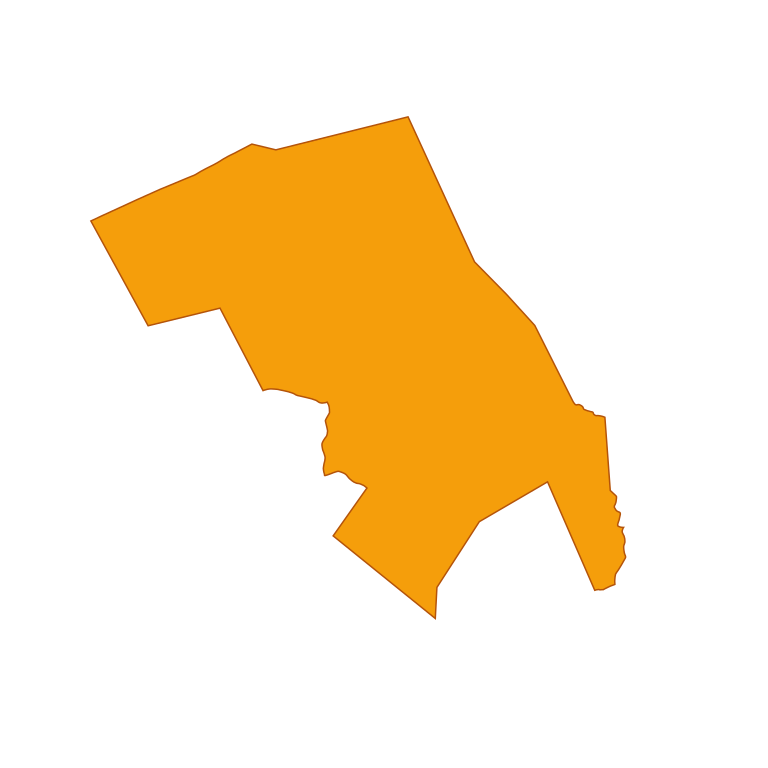 outline of San Nicolas, Copán, Honduras, rotated 239°
{"feature_id": "27666195B43744954115993", "entity_name": "San Nicolas", "entity_type": "district", "adm_level": 2, "iso_a3": "HND", "parent_name": "Honduras", "parent_adm1": "Copán", "projection": "equal_earth", "projection_center": [-88.778, 15.002], "detail": "fine", "context": "isolated", "style": "filled", "palette": "amber", "viewbox_px": 768, "rotation_deg": 239, "n_neighbors": 0, "source": "geoboundaries", "source_scale": "gbopen_adm2", "svg_char_len": 5994}
<svg xmlns="http://www.w3.org/2000/svg" viewBox="0 0 768 768"><g transform="rotate(239 384 384)"><path d="M98.6,458.4L98.2,460.1L97.2,462.3L96.4,463.0L95.8,464.2L95.3,465.2L94.8,465.9L94.7,468.2L94.6,469.3L94.4,471.6L94.3,472.7L94.1,474.4L93.8,475.9L93.5,477.5L93.3,478.7L94.6,479.4L95.8,480.0L96.6,480.5L97.2,480.9L99.8,482.8L101.0,483.9L101.3,484.1L101.6,484.4L101.8,484.7L102.1,485.1L102.2,485.4L102.4,485.8L102.7,486.3L103.2,487.5L103.7,488.6L104.2,489.7L104.8,490.8L105.3,491.8L107.0,495.0L108.7,498.0L110.5,501.2L110.7,501.4L111.0,501.7L111.1,501.9L111.4,502.0L111.7,502.2L111.9,502.3L112.3,502.4L112.7,502.5L113.6,502.6L114.1,502.7L114.9,502.9L115.6,503.1L116.1,503.3L117.4,503.8L118.8,504.4L120.2,505.1L120.5,505.3L121.0,505.6L121.5,505.9L121.9,506.3L122.2,506.6L122.5,506.9L123.2,507.9L123.5,508.1L123.9,508.5L124.3,509.0L124.8,509.3L125.3,509.6L125.7,509.8L126.5,510.2L127.0,510.5L127.8,510.8L128.5,511.0L129.2,511.2L129.8,511.4L130.3,511.5L130.8,511.5L132.1,511.6L133.0,511.7L133.5,511.7L134.2,511.9L134.4,512.0L134.8,512.1L135.0,512.3L135.4,512.5L135.7,512.8L136.1,513.3L136.6,513.8L137.0,514.3L137.4,514.9L137.7,515.5L138.0,515.0L138.3,514.6L138.7,514.0L139.2,513.4L139.5,513.0L139.9,512.7L140.3,512.3L140.6,512.1L141.0,511.9L141.3,511.6L141.6,511.5L141.8,511.5L142.1,511.4L142.3,511.5L142.6,511.6L142.8,511.6L143.0,511.8L143.7,512.4L144.2,512.9L145.4,514.3L146.1,515.2L146.5,515.6L148.5,517.5L150.1,519.0L150.4,519.3L150.7,519.5L151.0,519.7L151.2,519.8L151.4,519.9L151.7,520.0L152.1,520.0L152.3,520.0L152.6,519.9L152.8,519.8L153.0,519.7L153.7,519.1L154.0,518.9L154.4,518.7L154.8,518.4L155.3,518.2L155.8,518.1L156.0,518.0L156.6,517.9L156.8,517.9L157.7,517.9L158.2,517.9L159.3,517.9L159.5,517.9L159.8,518.0L160.1,518.2L160.4,518.4L160.7,518.6L160.9,518.8L161.1,519.0L161.6,520.0L161.9,520.3L162.2,520.7L162.4,521.0L162.8,521.4L163.4,522.1L164.4,522.9L164.9,523.3L165.9,524.1L166.9,524.8L167.5,525.1L167.8,525.3L168.1,525.3L168.3,525.3L169.2,525.1L173.0,524.0L176.2,523.1L241.7,556.2L242.5,555.6L243.5,554.8L244.2,554.1L244.8,553.5L245.0,553.3L245.4,552.8L245.8,552.3L246.5,551.5L247.0,550.7L247.5,549.7L247.9,549.3L248.1,549.1L248.4,548.9L248.5,548.8L249.2,548.5L249.7,548.3L250.0,548.3L250.3,548.2L250.8,548.3L251.0,548.3L251.5,548.5L251.8,548.5L252.0,548.5L252.4,548.4L252.7,548.2L253.2,547.7L254.1,546.7L254.8,546.1L255.5,545.4L256.7,544.3L258.0,543.3L258.4,543.0L258.9,542.6L259.2,542.4L259.5,542.3L260.0,542.3L260.3,542.3L260.9,542.5L261.3,542.5L261.8,542.6L262.2,542.5L262.5,542.5L262.7,542.4L263.3,542.2L263.8,542.0L264.3,541.7L264.9,541.3L265.3,541.1L265.5,541.0L265.7,540.7L266.0,540.4L266.2,540.1L266.5,539.6L266.6,539.2L266.7,538.8L266.9,538.4L267.0,538.1L267.3,537.9L267.5,537.7L267.8,537.4L268.3,537.3L268.7,537.2L269.6,537.1L270.5,537.0L271.2,537.0L271.8,537.0L356.5,543.4L397.6,535.2L442.0,524.5L600.6,542.2L640.4,411.9L657.7,394.3L658.2,385.8L658.7,377.8L658.8,375.4L659.3,370.0L659.5,366.9L659.5,365.0L659.6,362.9L659.6,361.9L659.6,360.8L659.5,358.3L659.5,357.0L659.5,355.7L659.5,354.4L659.6,353.1L659.6,351.9L659.8,349.1L660.2,344.1L660.4,341.0L660.5,338.3L660.6,336.8L660.6,335.3L660.6,333.9L660.6,331.4L660.6,330.3L660.7,329.2L660.8,328.1L661.1,326.4L661.9,321.3L662.4,317.9L666.0,293.6L666.2,292.4L666.3,291.3L666.8,287.2L667.9,278.1L669.2,267.3L669.9,260.9L673.4,229.5L674.6,217.8L674.7,216.7L555.4,211.8L533.5,282.5L440.6,276.9L440.5,277.8L440.3,278.5L440.1,279.2L439.8,280.3L439.5,281.4L439.2,282.1L438.9,282.8L438.6,283.5L438.4,283.9L438.0,284.6L437.0,286.1L435.9,287.7L435.1,288.8L434.6,289.5L433.9,290.4L432.5,291.8L430.4,294.1L427.8,296.8L426.3,298.3L425.7,298.8L423.8,300.5L423.3,300.9L422.8,301.3L422.3,301.6L421.8,302.0L421.2,302.3L420.3,302.7L419.9,303.0L419.5,303.3L419.1,303.6L418.9,303.8L418.6,304.0L417.7,305.0L415.7,307.1L411.9,311.0L409.7,313.2L409.1,313.8L408.5,314.4L406.9,315.7L405.4,317.0L405.0,317.3L404.6,317.5L404.3,317.7L403.3,318.1L402.6,318.5L402.3,318.6L401.4,319.1L401.1,319.4L400.7,319.7L400.5,320.0L400.1,320.4L399.7,320.9L399.3,321.6L399.0,322.3L398.8,322.7L398.6,323.2L398.2,324.1L397.9,325.1L397.8,325.9L396.6,325.9L395.5,325.8L394.5,325.7L393.8,325.5L393.4,325.4L392.8,325.2L392.4,325.1L390.3,324.1L389.4,323.6L388.6,323.2L388.2,322.9L387.6,322.6L387.4,322.4L387.2,322.2L386.9,321.6L386.1,320.3L385.4,319.0L384.2,316.9L383.8,316.3L383.5,315.8L383.2,315.4L382.9,315.0L382.7,314.8L382.4,314.7L381.6,314.4L376.2,312.7L373.9,311.9L373.3,311.7L372.8,311.4L372.3,311.1L371.8,310.7L371.4,310.3L370.5,309.7L370.1,309.2L369.8,309.0L369.5,308.6L369.1,308.1L368.9,307.8L368.8,307.5L368.5,306.9L368.3,306.5L368.1,305.8L367.9,305.3L367.6,304.8L367.4,304.3L366.7,302.9L366.1,301.9L365.5,301.0L365.3,300.8L365.1,300.5L364.9,300.3L364.6,300.0L364.3,299.8L364.0,299.6L363.5,299.3L363.1,299.1L362.2,298.7L361.2,298.3L359.6,297.7L359.0,297.5L358.3,297.4L356.5,297.1L355.6,296.9L354.7,296.7L353.2,296.3L352.1,296.0L351.6,295.8L351.1,295.5L350.6,295.2L350.1,294.8L349.2,294.1L348.8,293.8L348.0,293.0L346.8,291.8L346.3,291.3L345.8,290.9L345.0,290.2L343.4,288.9L342.9,288.5L342.6,288.4L342.0,288.1L341.4,287.8L340.3,287.4L339.3,287.0L338.4,286.8L337.2,286.4L336.9,286.3L336.7,286.2L336.4,286.0L336.1,286.0L335.8,286.5L335.7,286.8L335.5,287.7L335.2,288.7L335.1,289.3L334.9,290.2L334.3,293.4L334.1,294.8L333.6,297.0L333.5,297.4L333.4,298.0L333.2,298.4L333.1,299.0L332.9,299.4L332.8,299.7L332.6,300.0L332.4,300.2L332.2,300.4L332.0,300.7L331.2,301.3L330.7,301.8L328.6,303.4L328.3,303.6L327.8,303.9L327.4,304.1L326.9,304.4L326.1,304.7L325.4,304.9L325.0,305.0L324.1,305.1L322.7,305.3L322.1,305.4L321.4,305.5L320.5,305.7L319.1,306.2L317.9,306.6L316.7,307.1L315.9,307.5L315.4,307.7L314.6,308.3L313.9,308.8L313.4,309.1L313.2,309.3L312.8,309.7L312.3,310.3L311.9,310.8L311.6,311.2L311.3,311.5L310.8,312.0L310.3,312.4L308.1,313.9L307.7,314.2L307.2,314.5L306.6,314.7L306.3,314.9L305.9,315.0L305.1,315.3L304.3,315.6L303.6,315.8L280.0,262.2L156.6,307.2L182.4,324.6L216.9,394.8L215.9,473.8L98.6,458.4Z" fill="#f59e0b" stroke="#b45309" stroke-width="1.5"/></g></svg>